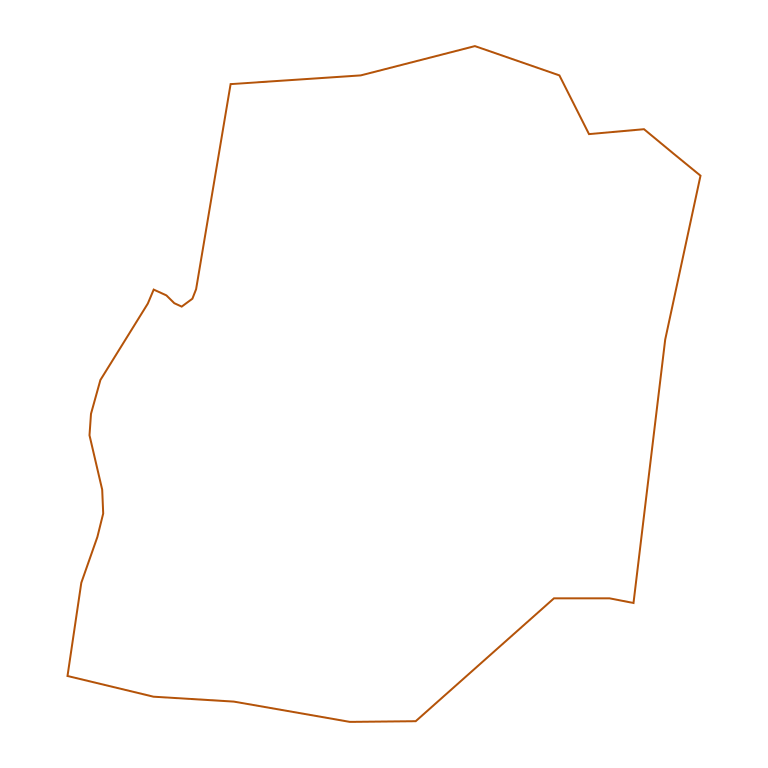 map outline of Kasese (Natural Earth projection)
{"feature_id": "UGA-3367", "entity_name": "Kasese", "entity_type": "District", "adm_level": 1, "iso_a3": "UGA", "parent_name": "Uganda", "parent_adm1": "", "projection": "natural_earth1", "projection_center": [29.908, 0.096], "detail": "fine", "context": "isolated", "style": "outline", "palette": "amber", "viewbox_px": 768, "rotation_deg": 0, "n_neighbors": 0, "source": "natural_earth", "source_scale": "10m", "svg_char_len": 502}
<svg xmlns="http://www.w3.org/2000/svg" viewBox="0 0 768 768"><path d="M181.7,306.6L192.4,298.7L196.1,289.2L230.6,84.1L360.7,75.4L474.9,46.1L559.4,75.4L589.0,134.1L644.0,129.2L673.6,153.7L700.5,175.7L665.2,339.6L633.5,603.0L609.4,598.3L554.0,598.3L415.7,721.2L349.9,721.9L233.8,701.6L153.5,696.7L67.5,676.0L81.3,582.8L97.4,536.9L103.2,513.5L102.2,489.7L89.5,435.3L91.0,413.8L100.4,380.0L147.8,303.6L153.7,289.6L166.4,295.4L174.3,303.2L181.7,306.6Z" fill="none" stroke="#b45309" stroke-width="2"/></svg>